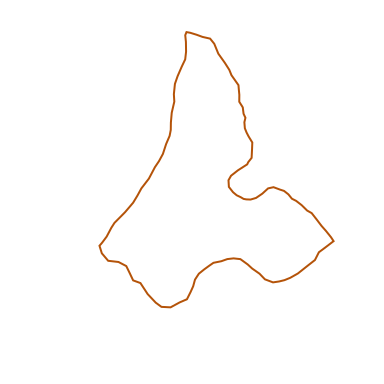 Siazan District, Siyəzən, Azerbaijan, rotated 232°
{"feature_id": "54616110B9592293002412", "entity_name": "Siazan District", "entity_type": "district", "adm_level": 2, "iso_a3": "AZE", "parent_name": "Azerbaijan", "parent_adm1": "Siyəzən", "projection": "equal_earth", "projection_center": [49.096, 41.028], "detail": "fine", "context": "isolated", "style": "outline", "palette": "amber", "viewbox_px": 384, "rotation_deg": 232, "n_neighbors": 0, "source": "geoboundaries", "source_scale": "gbopen_adm2", "svg_char_len": 1563}
<svg xmlns="http://www.w3.org/2000/svg" viewBox="0 0 384 384"><g transform="rotate(232 192 192)"><path d="M66.1,273.3L70.7,273.7L78.8,273.6L85.6,273.2L93.2,273.3L101.7,273.3L106.5,271.3L114.2,270.3L120.9,268.6L125.2,266.6L130.8,266.5L136.2,265.2L139.6,262.9L145.6,259.2L148.0,254.2L147.4,246.4L147.9,238.8L150.0,233.5L152.7,230.3L154.8,228.4L157.9,227.2L161.9,225.2L166.6,224.2L173.3,224.2L178.8,228.0L180.8,232.8L180.8,241.6L179.8,252.5L180.9,254.7L182.2,260.0L189.5,266.3L193.9,270.0L200.9,270.8L205.2,271.6L209.7,272.9L214.7,276.2L217.6,279.8L221.9,280.8L227.4,284.1L234.0,284.8L239.4,289.1L244.4,292.3L247.6,294.4L259.7,295.0L265.3,296.6L273.6,297.4L284.8,297.9L295.1,300.8L301.7,300.7L307.7,295.8L313.0,292.5L318.6,288.6L321.4,286.1L321.3,285.9L319.7,283.2L314.0,279.6L306.2,273.7L300.7,268.3L297.1,261.1L292.1,251.9L287.7,245.1L280.2,237.9L274.1,233.7L266.9,224.8L259.7,218.1L254.0,213.5L250.0,208.9L245.7,201.1L239.9,192.5L236.6,184.9L234.4,178.1L229.1,166.3L226.0,154.3L222.8,146.9L219.8,139.0L217.3,126.8L215.4,111.9L213.5,106.5L209.4,97.3L207.4,90.0L206.6,86.0L199.2,83.2L189.4,83.6L182.1,91.0L174.1,94.6L166.1,92.9L158.6,91.2L152.0,95.3L138.8,94.2L127.1,95.3L120.3,97.2L114.3,104.1L112.6,114.3L110.6,122.0L114.0,129.2L117.0,134.9L121.1,140.4L123.4,147.1L123.5,154.0L123.3,160.0L123.0,165.3L119.4,172.5L117.4,178.5L114.1,183.9L109.3,188.8L100.6,191.3L94.6,192.3L86.1,194.9L78.3,195.7L70.9,200.2L67.9,205.5L65.6,210.6L63.9,216.6L62.6,225.3L62.7,238.5L62.7,247.0L66.4,254.9L66.2,264.1L66.1,273.3Z" fill="none" stroke="#b45309" stroke-width="2"/></g></svg>